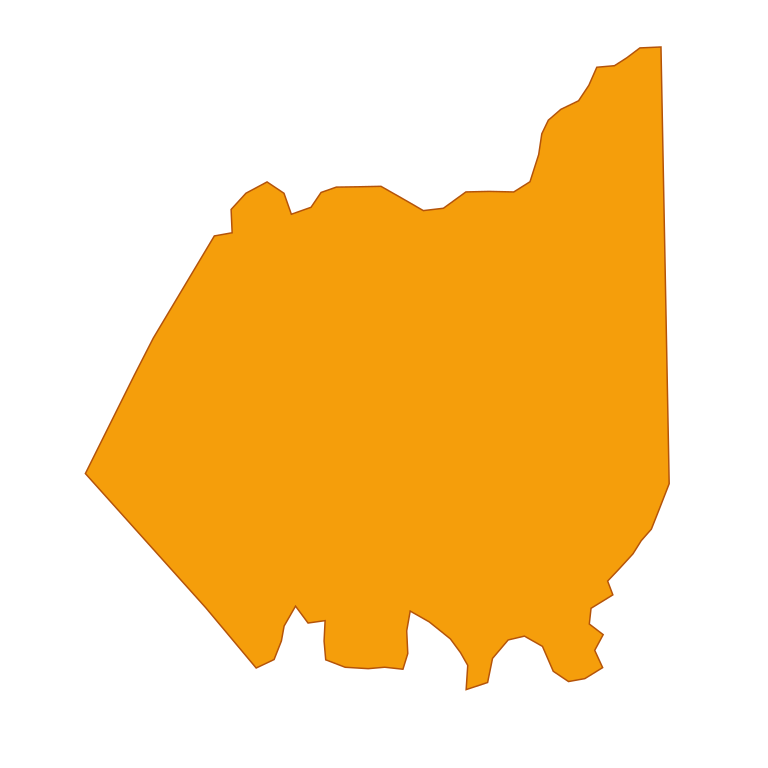 Caturité, Paraíba, Brazil, rotated 85°
{"feature_id": "56859067B30127882729659", "entity_name": "Caturité", "entity_type": "district", "adm_level": 2, "iso_a3": "BRA", "parent_name": "Brazil", "parent_adm1": "Paraíba", "projection": "albers", "projection_center": [-36.05, -7.423], "detail": "fine", "context": "isolated", "style": "filled", "palette": "amber", "viewbox_px": 768, "rotation_deg": 85, "n_neighbors": 0, "source": "geoboundaries", "source_scale": "gbopen_adm2", "svg_char_len": 1087}
<svg xmlns="http://www.w3.org/2000/svg" viewBox="0 0 768 768"><g transform="rotate(85 384 384)"><path d="M655.8,536.1L648.9,517.5L631.0,508.6L616.4,504.6L597.6,491.5L615.5,480.5L614.6,463.3L634.9,466.1L653.7,466.1L662.8,447.4L666.2,424.5L666.2,408.0L669.8,390.0L654.6,383.8L631.9,382.9L612.5,377.7L624.9,359.7L643.7,340.1L658.3,331.2L671.6,325.1L695.6,328.8L690.4,306.8L666.8,299.8L649.8,282.6L647.4,266.1L659.2,249.0L685.0,240.4L696.5,226.1L695.0,209.6L685.6,190.9L667.7,197.3L652.8,187.5L641.0,200.4L625.5,197.3L614.0,174.4L599.8,178.4L589.2,166.4L574.9,150.8L562.5,141.4L551.9,130.3L533.7,121.2L508.2,108.6L72.4,78.7L71.5,99.8L80.3,113.9L87.0,126.7L87.0,144.4L104.3,153.9L118.8,165.5L125.8,183.9L135.5,197.3L148.5,205.0L168.9,209.9L195.2,220.9L204.0,238.0L201.3,262.4L199.8,285.7L214.1,309.5L214.7,329.7L201.6,348.4L186.8,369.8L185.3,392.4L183.7,414.4L187.7,430.0L201.6,441.3L206.8,461.5L185.3,467.0L172.5,482.9L181.9,504.9L196.8,521.1L220.1,522.1L221.7,540.1L318.1,609.8L353.2,631.8L447.2,689.3L591.3,581.1L655.8,536.1Z" fill="#f59e0b" stroke="#b45309" stroke-width="1.5"/></g></svg>